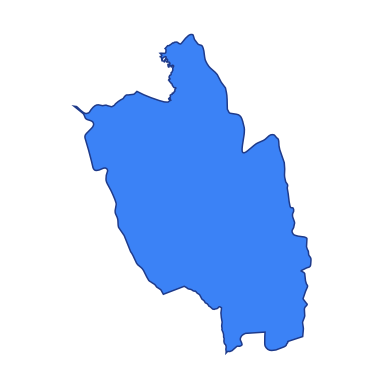 outline of Sambú, Emberá, Panama, rotated 6°
{"feature_id": "35544464B41200753641773", "entity_name": "Sambú", "entity_type": "district", "adm_level": 2, "iso_a3": "PAN", "parent_name": "Panama", "parent_adm1": "Emberá", "projection": "mercator", "projection_center": [-78.143, 7.844], "detail": "fine", "context": "isolated", "style": "filled", "palette": "blue", "viewbox_px": 384, "rotation_deg": 6, "n_neighbors": 0, "source": "geoboundaries", "source_scale": "gbopen_adm2", "svg_char_len": 5942}
<svg xmlns="http://www.w3.org/2000/svg" viewBox="0 0 384 384"><g transform="rotate(6 192 192)"><path d="M149.1,272.3L150.5,273.4L152.0,275.1L155.8,281.1L158.2,284.4L159.1,285.1L164.5,287.8L165.2,288.4L166.8,290.2L171.1,292.4L171.6,293.0L174.2,296.7L194.1,286.6L196.1,287.4L198.3,288.7L200.9,289.0L201.8,289.2L202.9,289.9L203.7,290.2L204.6,290.4L205.5,290.2L206.1,290.5L207.7,292.0L209.9,293.1L210.5,293.6L213.0,297.4L215.4,298.9L216.8,300.8L218.9,301.6L219.7,302.4L220.8,303.8L222.0,304.2L224.8,306.3L226.3,306.4L227.6,305.8L229.0,305.4L229.7,304.9L230.7,303.6L231.3,303.2L231.9,303.3L233.4,304.0L233.5,305.9L233.4,309.2L234.3,313.8L235.6,318.3L235.5,322.1L236.2,324.8L236.1,325.3L236.1,325.7L236.5,326.6L237.4,328.1L238.1,329.8L238.4,331.1L238.6,333.0L239.3,334.4L239.3,336.9L239.7,338.4L240.2,339.5L241.4,340.4L242.0,341.8L242.2,342.8L242.1,344.8L242.7,347.3L242.7,348.6L244.0,346.9L244.5,346.8L246.3,346.7L248.4,345.6L252.7,340.9L253.4,340.6L255.6,340.4L256.7,339.8L257.4,339.2L257.7,338.7L257.6,338.1L257.1,336.8L255.6,334.2L255.4,333.2L255.5,332.0L256.1,330.4L256.8,329.3L258.2,328.1L260.0,327.0L279.3,323.7L279.5,328.0L280.1,334.5L280.4,336.3L280.8,337.5L282.0,339.1L283.7,340.5L285.6,341.2L287.2,341.3L288.2,341.2L292.0,340.3L299.5,336.5L300.7,335.7L301.6,334.8L302.1,333.1L303.0,331.7L302.9,330.8L303.0,330.6L317.2,324.2L317.1,316.4L316.8,315.0L315.6,310.4L315.7,309.2L316.8,305.2L317.1,303.5L316.0,296.8L316.1,295.7L316.6,294.5L318.0,292.7L318.3,291.7L318.1,291.3L317.2,290.5L314.1,287.2L313.7,286.7L313.6,286.4L315.3,278.9L316.7,274.5L316.8,273.5L316.6,272.9L315.4,271.4L314.2,268.6L312.6,261.3L311.7,260.4L308.8,259.1L309.0,258.7L309.4,258.4L314.1,255.4L316.3,254.5L317.2,253.6L317.5,252.8L317.6,251.8L317.5,248.0L317.3,246.1L316.7,244.8L315.1,243.0L314.6,242.2L313.9,238.8L312.6,236.8L311.6,234.5L311.2,226.5L311.0,226.0L310.0,225.4L308.4,225.0L302.0,224.8L298.6,224.2L297.7,223.8L297.0,223.2L296.4,222.4L295.8,221.4L295.6,220.5L295.6,219.7L296.8,216.8L297.3,212.1L297.0,211.0L294.7,206.2L294.4,204.8L294.3,203.3L295.1,200.7L295.0,199.0L294.5,197.9L294.1,197.3L293.5,197.2L292.1,197.2L291.6,196.9L291.1,196.1L290.6,194.7L289.6,191.4L287.9,183.9L286.4,178.5L286.3,177.7L286.5,175.9L286.4,175.1L285.9,174.2L284.5,172.6L284.1,172.0L282.6,167.6L282.2,165.4L281.8,159.5L280.7,153.2L274.9,140.8L273.7,137.0L272.9,132.3L272.3,130.6L271.7,129.9L270.3,129.1L269.8,128.5L268.0,126.8L267.3,126.6L266.2,126.5L265.2,126.7L264.2,127.0L262.7,128.1L259.3,131.9L257.7,133.2L252.3,136.3L250.7,137.4L248.8,139.2L243.1,145.1L241.6,146.5L240.5,147.2L239.6,147.6L238.8,147.6L238.2,147.2L237.8,146.5L237.5,145.6L237.3,143.5L237.3,139.9L237.8,129.8L237.8,127.4L237.6,124.5L237.2,122.5L236.8,121.4L235.1,116.6L233.9,114.0L232.9,112.4L232.0,111.5L231.2,110.9L229.9,110.3L227.9,110.0L221.9,109.7L221.1,109.5L220.5,109.0L218.5,106.0L217.3,96.7L216.6,92.5L215.9,89.7L214.4,85.0L209.6,79.8L204.9,72.7L204.4,72.2L202.5,70.5L197.3,66.8L195.7,65.4L193.6,62.9L192.1,60.6L191.2,58.9L190.5,56.6L189.1,50.7L188.1,47.9L187.2,46.2L186.7,45.6L186.1,45.2L183.4,44.7L182.3,44.1L178.5,40.0L176.8,36.0L176.5,35.6L176.0,35.4L174.7,35.4L173.7,35.7L172.2,36.7L169.5,39.8L166.3,44.7L165.4,45.8L165.1,46.0L164.6,46.0L164.1,45.7L163.5,45.7L163.1,45.6L162.4,44.9L161.3,44.5L159.7,44.7L158.7,45.0L158.2,45.7L157.3,45.7L155.0,47.9L154.4,48.2L154.1,48.7L153.4,48.9L152.5,49.0L150.2,52.2L151.0,52.7L151.3,53.5L151.4,55.6L151.2,56.4L150.2,57.0L146.6,57.2L145.8,57.4L147.7,58.9L147.7,59.5L147.2,60.2L147.0,60.4L146.3,60.5L146.2,60.8L146.3,60.9L147.0,60.9L147.5,61.4L148.3,64.3L148.6,64.8L148.8,64.8L148.9,64.7L148.6,63.0L148.9,61.9L149.3,61.5L150.4,60.6L151.5,60.1L151.9,60.2L152.2,60.6L152.2,61.2L151.7,62.7L150.3,64.8L150.4,65.2L150.8,65.5L151.0,65.5L152.0,63.2L152.6,62.6L153.2,62.4L153.8,62.8L154.0,63.4L153.8,64.0L153.1,64.7L153.0,65.2L153.3,65.4L155.4,65.2L155.8,65.3L156.1,65.5L156.6,66.5L156.5,67.1L156.1,67.4L155.1,67.3L154.8,67.5L154.7,67.8L155.1,69.3L155.5,70.1L155.9,70.2L156.2,69.0L157.1,68.5L157.5,68.5L158.2,69.7L158.4,69.8L158.9,69.5L158.8,68.4L159.1,68.0L159.5,67.9L159.9,68.0L160.4,68.3L160.6,68.6L160.5,69.2L159.9,70.9L160.2,72.9L159.4,75.1L158.8,75.5L158.9,77.4L158.5,78.0L157.8,78.2L157.7,78.4L157.2,79.7L157.3,80.6L158.2,81.4L158.3,81.9L158.2,82.1L157.5,82.1L157.0,83.1L157.3,83.3L157.5,82.9L158.0,84.4L159.3,85.3L160.0,86.3L160.3,86.3L161.0,86.9L161.2,87.8L161.6,88.3L163.0,89.9L163.5,90.1L164.7,90.0L165.0,90.1L165.1,90.4L164.3,91.9L164.4,93.6L163.9,93.9L163.8,94.4L163.1,95.7L162.2,95.7L162.0,96.9L161.6,96.9L160.2,98.0L160.6,99.4L160.5,99.9L160.0,100.4L160.2,100.8L159.1,101.4L159.0,101.7L159.2,102.0L159.6,102.3L160.4,101.7L160.8,101.8L161.0,102.1L160.9,102.8L161.2,103.1L160.4,103.5L159.0,104.9L158.5,105.1L157.8,105.2L154.9,105.3L149.5,104.4L141.4,102.5L137.2,101.3L133.8,100.3L126.7,97.7L124.6,100.3L123.8,100.9L118.7,102.1L116.9,102.3L116.2,102.7L115.0,104.0L114.0,105.9L113.5,106.5L111.5,107.8L109.2,109.7L106.6,112.4L106.0,113.5L105.6,114.0L103.5,115.5L102.8,115.6L99.1,115.0L97.5,114.6L96.1,114.9L94.2,115.5L92.9,115.4L89.9,115.1L88.2,115.4L86.6,116.3L84.8,118.1L83.0,120.7L81.7,123.2L81.0,124.1L78.5,125.1L77.0,124.8L75.2,124.0L72.7,122.4L70.1,120.4L68.3,119.1L65.7,119.0L75.6,125.4L76.4,126.3L78.1,129.5L78.9,130.3L80.2,130.9L83.6,131.6L84.8,132.0L85.9,132.6L86.6,133.6L87.0,134.5L87.1,135.5L86.9,136.3L86.5,137.5L85.6,138.9L80.9,144.8L80.0,146.3L79.8,147.0L79.7,148.0L79.9,149.3L84.9,161.5L89.0,172.4L90.9,177.9L91.6,179.2L92.4,180.0L93.0,180.4L94.0,180.6L95.1,180.5L97.4,179.8L101.2,177.7L102.5,177.3L103.4,177.2L104.3,177.5L105.1,178.1L105.5,178.6L105.9,179.8L105.0,184.3L105.1,187.7L105.3,189.3L106.0,191.1L107.0,192.8L111.2,198.9L113.4,202.6L116.0,207.3L117.6,210.8L117.9,211.9L117.9,213.0L117.5,218.3L117.7,220.1L118.1,221.4L120.2,225.0L120.9,226.6L121.3,228.1L122.0,232.6L122.5,234.4L122.8,235.0L129.1,242.4L137.3,257.9L138.4,259.1L140.0,261.4L144.2,268.4L145.6,270.0L149.1,272.3Z" fill="#3b82f6" stroke="#1e3a8a" stroke-width="1.5"/></g></svg>